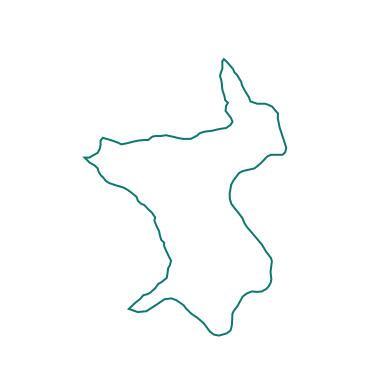 Florínea, São Paulo, Brazil, rotated 297°
{"feature_id": "56859067B78731912256426", "entity_name": "Florínea", "entity_type": "district", "adm_level": 2, "iso_a3": "BRA", "parent_name": "Brazil", "parent_adm1": "São Paulo", "projection": "natural_earth1", "projection_center": [-50.688, -22.869], "detail": "fine", "context": "isolated", "style": "outline", "palette": "teal", "viewbox_px": 384, "rotation_deg": 297, "n_neighbors": 0, "source": "geoboundaries", "source_scale": "gbopen_adm2", "svg_char_len": 2210}
<svg xmlns="http://www.w3.org/2000/svg" viewBox="0 0 384 384"><g transform="rotate(297 192 192)"><path d="M324.9,160.1L322.1,159.7L319.3,161.2L315.8,163.0L311.1,163.6L308.1,164.3L305.6,166.7L302.3,169.3L298.4,171.6L295.8,173.6L292.5,177.1L289.0,179.8L287.8,183.5L284.1,183.3L279.5,185.1L275.7,193.0L273.0,196.2L269.0,195.8L264.5,193.3L261.7,189.4L259.3,186.3L255.7,182.1L251.7,176.1L248.1,172.3L244.4,170.8L238.9,166.9L235.4,160.3L233.9,155.6L232.5,149.5L230.8,143.1L227.3,138.2L225.7,134.5L223.2,131.5L218.5,129.4L216.3,125.3L213.2,120.5L210.5,117.2L205.7,111.7L202.4,107.4L202.3,103.2L201.7,98.2L200.5,91.5L199.8,87.9L196.3,87.2L192.4,89.2L188.3,90.2L184.1,90.2L179.1,86.8L176.0,84.9L173.9,80.7L171.7,87.4L171.5,93.2L170.2,97.3L167.6,99.7L165.5,103.2L164.4,106.8L162.7,110.3L162.4,114.2L163.4,121.4L164.3,125.6L164.9,129.5L164.6,134.0L163.8,138.9L162.5,144.8L159.6,147.8L158.4,152.0L158.7,155.4L157.0,160.1L155.4,165.6L152.7,170.6L149.2,171.6L145.7,175.7L142.2,180.4L138.3,183.5L135.4,186.3L134.2,190.1L131.1,191.8L128.3,195.1L125.7,198.6L123.5,201.4L121.4,204.5L116.8,205.5L113.0,205.4L109.0,206.9L104.1,208.5L100.4,206.9L97.4,205.5L94.8,203.7L89.8,203.0L87.2,201.9L83.4,200.6L80.6,198.6L78.0,195.5L73.0,194.3L67.6,191.8L63.5,190.3L59.1,188.8L60.4,198.2L65.0,205.4L73.3,210.3L79.0,213.5L84.0,216.2L87.9,222.0L88.5,227.1L87.4,235.7L85.4,239.8L83.3,246.4L82.3,254.1L80.4,262.0L75.8,271.2L74.9,276.2L76.3,281.2L81.8,287.1L85.9,289.1L88.8,288.7L92.5,287.6L101.8,283.3L104.8,283.2L111.0,284.3L121.7,284.6L126.5,286.9L130.6,290.5L132.4,295.1L134.9,299.2L139.4,302.3L143.6,303.3L147.2,303.2L150.4,302.3L156.3,298.3L166.6,294.6L169.1,292.2L172.4,285.2L176.8,278.3L179.2,272.7L185.9,256.5L188.0,253.0L191.5,248.9L195.0,241.9L196.9,237.3L199.3,232.5L202.7,229.1L207.8,226.2L216.4,223.6L221.2,223.7L230.2,225.3L233.7,227.7L241.3,236.9L248.5,240.1L258.0,243.0L261.1,245.6L266.2,255.7L269.6,257.0L274.2,255.9L285.8,244.3L289.0,241.0L296.7,234.9L301.0,233.0L302.8,228.4L304.5,224.6L304.3,220.0L303.7,216.7L300.3,210.2L299.2,202.9L302.3,199.7L305.4,194.5L307.7,191.0L310.0,187.9L312.6,185.7L314.7,182.2L316.7,179.1L317.9,175.4L320.1,172.9L323.0,166.0L324.9,160.1Z" fill="none" stroke="#0f766e" stroke-width="2"/></g></svg>